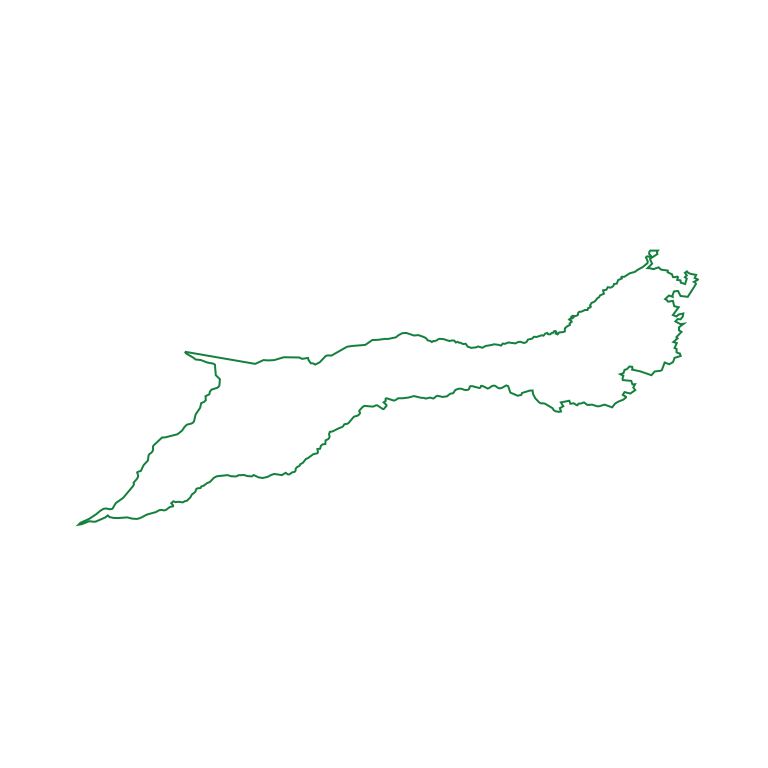 Nole Duima, Ngöbe Buglé, Panama, rotated 257°
{"feature_id": "35544464B88224664972653", "entity_name": "Nole Duima", "entity_type": "district", "adm_level": 2, "iso_a3": "PAN", "parent_name": "Panama", "parent_adm1": "Ngöbe Buglé", "projection": "equal_earth", "projection_center": [-81.797, 8.42], "detail": "fine", "context": "isolated", "style": "outline", "palette": "green", "viewbox_px": 768, "rotation_deg": 257, "n_neighbors": 0, "source": "geoboundaries", "source_scale": "gbopen_adm2", "svg_char_len": 6146}
<svg xmlns="http://www.w3.org/2000/svg" viewBox="0 0 768 768"><g transform="rotate(257 384 384)"><path d="M309.9,601.1L313.0,604.8L314.1,608.3L314.9,613.7L316.5,616.8L317.1,616.9L319.7,614.2L322.0,616.5L319.3,621.9L321.5,627.4L324.5,626.1L327.3,628.6L327.7,626.0L331.4,625.6L334.1,617.6L335.9,617.7L338.1,619.1L340.4,616.4L340.7,619.8L343.7,621.6L343.7,623.7L345.8,627.1L344.9,629.7L343.1,629.6L342.2,629.0L338.7,636.5L332.4,646.6L335.3,650.5L334.7,656.6L335.1,657.9L341.8,662.3L339.1,666.3L340.3,670.5L344.1,673.0L344.6,679.4L347.2,679.1L348.2,677.1L349.3,676.2L352.3,677.0L353.7,675.2L358.0,678.5L359.8,675.4L362.4,680.3L363.4,679.4L363.9,679.5L367.9,685.6L369.9,683.5L372.9,684.2L375.3,689.6L375.6,686.4L379.4,682.0L381.2,684.6L380.3,687.5L382.5,690.3L385.4,691.5L385.4,686.6L384.0,684.2L386.2,681.0L392.5,688.4L394.5,684.3L400.0,684.2L400.3,679.3L402.1,678.5L403.5,677.0L406.1,681.6L404.0,684.9L405.4,685.0L409.0,687.4L408.5,691.4L403.1,692.7L400.6,699.6L411.3,710.5L412.9,710.0L413.8,709.0L414.8,712.9L415.2,713.3L417.4,710.6L420.1,712.7L422.3,707.6L423.9,705.4L425.6,704.5L424.6,702.2L421.7,703.5L420.4,701.2L418.6,702.7L413.7,699.9L416.0,696.0L418.2,696.2L419.5,693.1L422.0,694.5L422.7,693.8L422.7,690.9L423.2,689.6L426.1,689.3L429.1,685.5L430.7,686.0L433.1,679.7L435.9,677.8L435.3,672.3L436.6,670.0L437.6,666.9L440.9,672.3L445.6,671.3L446.2,671.5L449.1,679.6L451.2,679.6L452.4,680.9L454.1,673.5L452.8,672.1L451.1,671.6L448.3,673.1L447.8,672.3L449.2,669.1L448.4,667.7L444.1,668.6L442.5,667.9L439.7,662.3L438.4,657.5L436.8,653.5L436.6,648.4L434.4,642.2L435.0,639.6L434.6,639.2L433.3,639.4L432.6,635.6L429.4,633.3L429.7,630.7L428.0,629.5L427.4,628.5L426.9,626.4L428.0,623.8L425.8,621.9L426.0,618.5L422.5,618.6L421.7,614.4L420.2,613.1L419.6,611.2L417.1,608.1L416.2,604.3L414.0,602.3L412.8,602.9L412.1,602.0L412.1,600.0L410.3,598.9L410.9,596.5L410.1,592.7L410.4,590.3L409.5,589.1L407.9,588.7L407.4,587.7L407.1,585.8L408.0,583.2L407.5,581.8L407.2,581.5L406.0,583.1L405.5,581.9L405.6,579.6L405.2,578.9L402.9,580.9L402.2,580.8L401.3,578.5L399.7,578.4L399.0,575.4L397.5,572.8L394.6,572.0L394.3,570.4L394.8,566.4L394.4,565.0L393.8,565.1L393.3,564.2L394.6,562.6L396.3,563.5L397.0,563.1L397.1,561.5L395.9,560.3L396.0,558.9L395.0,557.1L395.6,555.1L397.0,554.6L396.8,552.3L395.2,550.3L396.0,548.5L395.5,543.4L396.3,540.7L394.9,538.5L394.9,534.3L392.8,532.2L392.4,529.7L394.5,526.3L394.7,524.0L394.0,521.1L396.5,514.5L395.9,510.9L396.7,508.9L395.1,506.7L396.5,504.2L398.0,499.9L397.8,497.9L398.2,491.6L397.2,488.0L399.4,484.1L399.0,481.8L399.6,477.1L401.5,474.0L404.8,472.7L405.2,469.9L406.9,467.9L407.6,466.0L408.5,465.3L408.3,463.3L410.5,462.2L411.1,460.3L411.2,457.3L414.3,452.2L415.5,448.4L415.4,446.8L414.7,445.3L414.4,442.6L414.8,441.8L414.1,440.1L415.5,438.8L416.7,436.4L419.1,435.3L420.8,433.4L423.9,428.5L424.5,424.1L428.7,417.3L429.4,413.4L428.3,409.1L426.8,406.1L427.0,397.7L427.7,395.6L428.4,387.9L429.5,382.6L426.3,374.5L428.2,361.7L428.6,356.3L423.5,339.2L424.5,335.7L424.5,333.7L419.6,326.2L418.4,321.3L419.9,319.8L420.7,317.3L424.3,315.9L426.5,315.8L426.9,309.9L428.9,307.4L432.6,292.4L432.0,282.3L433.0,276.6L434.4,272.0L432.6,263.0L459.9,198.0L459.4,197.5L458.2,198.1L452.5,204.2L450.3,205.9L448.6,210.8L444.7,216.6L442.3,222.1L441.0,223.6L430.4,222.1L425.6,225.2L420.0,223.4L418.7,222.5L417.8,220.7L417.3,214.6L415.8,212.7L413.3,211.5L412.2,207.3L408.2,206.7L407.0,204.7L406.5,201.6L402.2,199.5L396.7,193.6L390.4,190.5L389.5,189.5L388.8,187.7L388.7,182.8L387.1,180.1L384.0,176.7L381.5,171.6L381.2,158.7L381.8,155.7L375.9,145.6L375.0,144.8L372.2,144.3L370.7,143.5L369.4,141.9L368.4,139.5L367.3,138.5L362.6,136.8L359.0,131.5L354.0,127.5L353.9,125.1L353.4,123.6L350.4,123.9L348.9,123.5L347.1,121.9L344.2,117.8L342.5,117.8L340.9,116.4L331.7,104.2L328.3,95.9L323.6,91.4L323.4,90.5L323.7,88.6L325.4,84.7L325.4,82.2L324.1,78.6L321.9,74.4L319.0,66.7L317.0,56.9L315.6,54.7L315.4,58.1L316.6,66.0L315.0,70.4L314.8,72.3L316.7,82.5L318.1,85.3L316.1,86.6L314.3,90.5L313.2,94.7L311.8,103.8L309.6,108.0L308.1,112.9L308.2,116.3L310.1,123.5L310.5,132.8L311.6,136.7L311.3,139.0L310.3,141.2L310.3,143.1L312.3,147.6L312.3,151.0L313.2,151.2L315.7,149.9L317.1,152.4L315.8,154.2L315.5,157.2L313.9,161.4L314.6,163.4L314.6,165.8L317.0,169.7L319.5,171.9L321.3,175.8L324.0,177.6L324.3,178.8L323.9,181.8L325.3,183.0L325.5,185.5L327.2,189.3L327.7,192.3L330.9,197.2L331.7,200.5L330.4,211.1L328.6,214.1L327.3,218.5L327.3,220.3L327.9,221.5L326.7,227.5L325.1,229.9L323.7,234.5L324.6,236.6L321.2,240.8L319.7,244.8L319.7,249.7L320.8,253.6L321.0,257.0L318.2,264.0L319.6,268.2L317.5,270.1L317.2,271.4L318.6,274.8L318.4,276.6L318.7,277.5L319.4,278.3L321.1,278.8L322.4,280.1L323.3,283.3L324.6,284.3L325.5,287.3L328.6,291.1L328.9,293.3L331.5,299.3L331.5,303.7L332.5,304.3L335.6,304.5L335.3,307.2L338.0,308.6L339.0,310.7L338.7,313.3L342.2,314.4L342.8,317.1L343.5,318.2L345.1,319.2L347.3,319.1L349.5,320.4L349.4,323.3L351.1,330.2L351.4,333.0L352.0,334.6L353.7,336.3L353.5,339.4L353.9,340.6L358.9,347.3L359.1,351.3L360.1,353.3L361.4,354.2L363.0,353.7L363.7,354.1L366.3,357.8L367.1,359.9L364.4,368.3L365.0,371.3L364.7,372.7L359.8,377.3L359.6,378.0L362.2,381.6L363.2,381.6L366.2,379.5L367.1,381.8L369.2,382.2L369.6,383.2L365.6,389.9L365.8,391.8L366.9,394.6L365.9,399.1L365.3,404.8L365.5,410.5L362.2,417.1L361.5,419.7L360.4,421.4L360.4,425.9L358.8,428.6L359.0,429.7L360.3,432.1L360.5,433.5L358.2,438.2L357.8,442.5L359.6,446.3L359.5,449.4L362.1,452.1L362.6,455.4L362.2,457.8L359.7,462.0L359.5,464.7L360.0,465.8L362.2,467.0L362.4,467.8L362.1,469.4L358.6,476.1L358.9,477.3L360.3,478.1L360.1,479.4L356.2,484.0L356.5,485.9L357.7,488.6L357.8,490.3L357.2,491.9L354.3,494.5L353.7,495.9L353.7,498.0L355.1,502.8L354.0,504.5L347.2,505.2L342.5,511.6L342.5,515.3L344.2,516.5L344.8,524.4L344.3,527.3L340.6,527.0L336.0,528.2L331.1,531.1L329.9,532.5L329.1,535.6L328.0,537.1L322.6,542.7L320.4,543.5L318.9,544.8L317.5,548.3L317.4,550.3L320.9,549.9L322.0,553.7L326.3,552.2L326.0,560.8L322.8,561.2L322.6,564.5L319.9,567.1L319.9,567.8L321.1,569.2L320.7,571.4L321.1,574.7L317.8,577.5L317.1,582.0L314.2,587.0L313.9,589.0L314.3,594.2L309.9,601.1Z" fill="none" stroke="#15803d" stroke-width="2"/></g></svg>